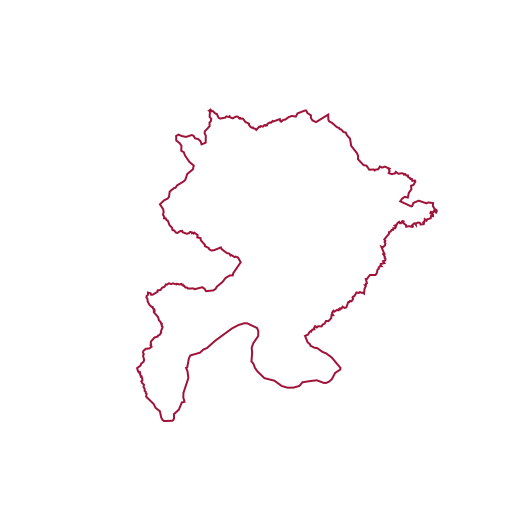 Lunte, Northern, Zambia (Robinson projection), rotated 143°
{"feature_id": "96606910B27526943690880", "entity_name": "Lunte", "entity_type": "district", "adm_level": 2, "iso_a3": "ZMB", "parent_name": "Zambia", "parent_adm1": "Northern", "projection": "robinson", "projection_center": [30.622, -9.828], "detail": "fine", "context": "isolated", "style": "outline", "palette": "rose", "viewbox_px": 512, "rotation_deg": 143, "n_neighbors": 0, "source": "geoboundaries", "source_scale": "gbopen_adm2", "svg_char_len": 6119}
<svg xmlns="http://www.w3.org/2000/svg" viewBox="0 0 512 512"><g transform="rotate(143 256 256)"><path d="M418.4,238.0L419.7,234.7L419.2,234.3L419.5,232.7L418.8,232.7L420.1,230.3L419.8,228.9L420.7,228.7L420.3,227.0L421.7,224.9L423.0,224.9L423.4,223.2L422.9,220.7L424.7,219.0L424.8,217.0L426.1,215.3L425.7,214.1L426.6,212.7L426.4,211.6L428.4,209.8L426.8,199.5L427.6,195.1L426.2,189.9L428.9,184.0L429.3,181.2L428.7,179.5L422.2,174.9L420.8,174.7L419.2,175.7L416.7,179.1L410.1,179.7L403.3,183.7L400.8,182.6L399.3,186.6L396.4,190.3L383.5,199.2L380.0,205.3L379.2,208.7L377.9,208.5L371.1,214.7L368.3,216.1L358.9,212.5L354.4,213.0L350.6,212.0L339.5,212.9L318.7,212.6L311.4,211.4L305.8,209.3L303.6,207.6L298.5,197.9L299.3,194.7L302.5,190.7L310.6,188.0L314.7,185.3L317.3,181.1L323.1,174.5L322.9,171.6L324.2,167.2L324.3,163.0L322.8,153.4L316.3,145.3L313.7,136.7L310.1,131.9L305.4,128.4L299.5,126.1L294.9,127.2L286.9,122.9L282.2,120.1L278.2,113.8L276.3,112.4L273.2,111.7L269.5,112.0L263.2,115.0L257.2,114.6L255.9,115.7L256.6,129.4L258.6,136.1L260.7,139.5L262.5,145.5L264.7,147.8L266.5,151.6L266.0,153.0L266.7,156.1L264.9,162.7L261.7,161.9L259.3,163.0L257.5,163.1L257.4,162.5L255.4,163.3L253.5,162.3L253.2,163.4L251.0,164.4L250.4,162.3L248.7,162.5L246.0,160.3L244.1,161.1L241.8,160.7L239.2,162.0L237.4,160.4L233.3,161.1L231.2,163.4L230.0,162.4L229.6,164.8L227.1,165.7L226.9,164.4L223.9,164.2L222.8,163.0L222.0,163.7L221.3,162.8L220.3,163.6L219.4,162.5L217.4,163.4L216.5,161.2L214.8,160.6L210.0,163.7L209.2,163.0L208.0,163.6L207.3,162.5L206.2,162.5L204.2,163.4L204.0,164.7L203.2,165.2L201.7,164.7L197.7,166.4L196.2,164.6L194.7,164.7L193.7,162.8L192.6,162.3L192.3,161.0L189.2,164.4L186.4,165.9L186.5,167.1L185.8,166.7L184.9,167.7L183.8,167.5L182.2,171.5L181.3,170.9L176.5,172.3L172.0,168.9L169.9,169.6L167.2,171.9L165.5,172.0L164.9,173.0L163.3,173.3L162.0,172.4L162.1,173.5L161.1,174.6L157.8,173.0L157.6,175.4L155.5,174.7L154.3,175.7L154.4,177.2L153.5,177.8L153.4,179.8L152.4,180.1L153.1,181.1L152.0,181.4L150.3,188.0L149.6,186.7L146.7,186.8L145.1,188.2L144.9,189.8L143.6,190.2L143.6,192.0L136.2,193.8L135.5,195.0L133.8,194.5L132.1,195.2L130.8,194.4L129.6,195.6L128.3,194.4L126.7,195.0L126.9,196.8L125.0,196.2L123.1,197.2L121.1,197.1L121.3,195.5L120.7,195.0L118.0,195.8L117.3,194.8L118.6,193.9L117.6,190.4L118.4,189.0L115.8,187.7L113.5,185.0L112.9,185.2L112.9,186.6L110.1,186.9L109.5,186.6L109.5,184.9L109.0,185.7L106.4,185.2L105.2,183.9L105.6,182.1L102.9,180.5L102.1,181.2L102.3,183.0L101.8,182.0L100.8,182.0L99.1,183.8L98.5,181.6L97.2,182.3L93.8,181.0L92.1,182.6L90.6,181.3L89.7,182.7L91.0,185.1L89.8,186.0L88.5,184.4L86.6,185.0L86.1,182.3L84.7,182.9L84.2,184.0L85.0,186.0L84.7,189.5L82.7,191.7L86.2,195.1L88.2,195.5L92.7,202.2L98.3,203.7L101.2,201.9L102.2,202.2L107.9,212.9L104.7,213.9L101.6,213.7L99.6,211.3L95.9,214.5L91.7,215.8L89.9,218.8L87.4,218.0L83.8,219.7L83.7,220.7L86.0,222.0L85.2,223.6L86.3,224.5L85.9,225.0L87.0,227.5L86.2,228.9L87.5,229.8L87.5,231.6L88.8,231.9L88.5,232.6L89.6,234.3L92.7,235.9L93.8,239.1L95.2,238.3L98.3,239.7L100.1,242.3L98.1,243.5L97.8,245.3L96.8,245.4L99.4,249.9L102.1,250.7L103.2,252.9L106.1,251.7L108.9,253.2L109.7,252.9L110.1,254.4L113.6,256.7L113.4,261.7L115.4,263.8L116.3,272.0L114.1,274.6L113.5,277.7L113.7,286.7L110.3,293.1L110.7,297.9L110.0,300.5L111.5,302.3L111.8,305.6L112.8,307.1L112.6,308.3L113.8,310.0L115.2,316.8L116.5,319.4L116.2,321.3L113.2,325.5L127.5,326.8L129.3,330.3L129.1,333.3L127.5,335.2L128.9,339.2L128.4,342.0L129.6,342.8L137.0,344.9L140.3,343.4L143.1,346.3L146.4,347.3L150.5,347.3L152.3,348.3L155.1,348.1L155.4,349.0L154.6,351.0L161.2,353.0L161.4,353.8L163.9,353.4L164.5,354.3L167.0,354.7L168.6,353.7L169.9,354.3L169.7,354.9L170.5,355.5L172.7,355.2L173.9,356.8L175.1,356.6L175.5,357.4L179.9,356.5L180.0,357.9L181.4,359.9L181.2,360.6L182.2,361.1L182.7,362.4L182.7,364.9L181.9,365.8L183.8,369.3L183.8,373.6L186.2,375.4L185.7,375.9L186.6,376.6L186.6,378.2L188.0,379.4L191.8,380.0L193.3,382.5L193.0,383.5L194.1,383.5L195.7,385.3L197.2,385.0L201.9,387.3L202.7,389.0L201.8,393.2L202.7,394.1L203.3,397.8L204.4,398.3L204.2,400.3L206.0,400.3L205.5,399.4L209.3,395.1L209.2,392.4L211.2,390.7L212.8,390.6L214.9,387.6L222.0,386.3L223.3,384.7L223.7,382.3L228.0,376.8L232.3,377.9L231.2,381.1L231.8,384.2L233.9,386.7L233.5,389.7L234.6,391.3L240.2,393.2L243.2,396.6L244.8,399.6L247.6,399.9L250.2,396.2L249.1,392.3L249.2,388.9L252.4,385.0L251.2,382.4L252.2,379.0L252.6,371.2L251.3,365.7L254.2,363.2L261.5,362.9L266.6,359.4L268.9,359.1L276.6,359.9L279.2,358.9L280.6,359.6L286.1,359.4L289.9,355.6L292.0,355.0L295.8,355.8L301.6,355.1L302.0,349.3L303.2,346.8L305.5,344.9L305.6,342.7L306.8,341.5L305.4,340.4L305.9,338.6L305.2,337.2L306.5,332.5L306.0,329.3L307.1,326.9L306.1,326.0L305.8,322.8L305.0,321.7L301.8,321.6L299.9,320.6L300.3,319.1L297.9,315.4L295.9,314.6L294.2,314.9L292.9,313.3L293.4,312.6L291.4,311.8L291.8,311.3L291.0,311.0L290.0,307.9L291.7,306.2L289.5,303.7L290.6,301.9L290.1,295.7L290.9,294.7L289.0,291.0L289.3,289.4L288.3,287.2L286.1,285.9L278.9,284.0L279.3,282.1L277.5,275.8L275.8,273.9L276.1,271.7L275.0,271.5L273.8,268.0L272.5,267.7L271.3,265.6L272.0,260.2L284.5,256.0L286.2,254.5L288.5,256.2L293.4,256.8L298.5,255.4L305.7,255.1L308.0,254.1L310.6,254.1L317.1,258.0L316.8,260.6L317.7,263.4L325.0,266.4L325.5,267.8L329.9,270.9L329.9,272.0L331.4,273.4L331.3,275.3L332.0,275.9L331.7,277.3L332.5,277.7L332.5,278.7L334.0,279.1L335.9,281.4L336.6,281.2L338.8,284.1L340.8,284.7L342.1,286.7L344.3,286.7L345.0,287.5L347.7,286.5L350.0,287.2L352.7,286.3L355.2,287.8L356.1,286.7L361.8,287.3L363.1,288.2L362.6,289.6L364.3,291.8L365.7,290.0L367.6,289.8L368.5,288.8L368.5,287.1L369.9,284.8L370.5,280.9L369.9,278.0L369.2,277.5L369.9,275.9L369.2,274.7L370.0,273.2L370.7,273.6L371.4,272.6L371.0,266.2L372.2,262.9L371.9,260.6L372.5,259.0L372.0,258.5L373.4,256.9L373.3,255.5L377.6,252.8L377.8,251.9L380.3,251.0L382.4,251.4L383.1,250.8L386.0,252.0L391.1,251.0L392.1,250.4L393.0,248.5L393.9,248.3L394.0,246.4L396.6,246.3L399.9,248.2L403.1,248.0L404.4,246.8L404.7,245.1L406.2,244.4L407.9,240.3L409.5,239.2L412.5,239.1L414.1,238.0L418.4,238.0Z" fill="none" stroke="#9f1239" stroke-width="2"/></g></svg>